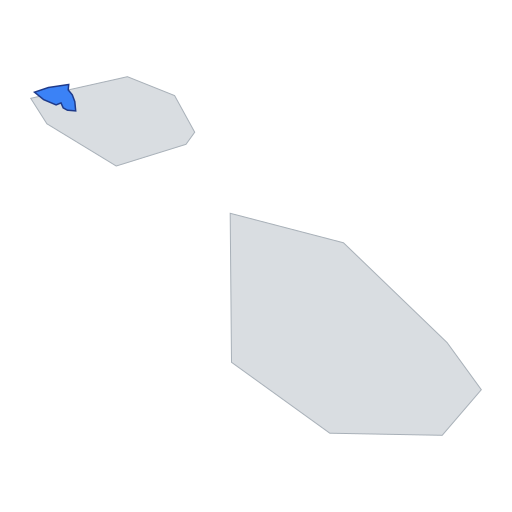 location of Għarb within Malta
{"feature_id": "MLT-5975", "entity_name": "Għarb", "entity_type": "state/province", "adm_level": 1, "iso_a3": "MLT", "parent_name": "Malta", "parent_adm1": "", "projection": "robinson", "projection_center": [14.205, 36.061], "detail": "fine", "context": "in_parent", "style": "filled", "palette": "blue", "viewbox_px": 512, "rotation_deg": 0, "n_neighbors": 0, "source": "natural_earth", "source_scale": "10m", "svg_char_len": 518}
<svg xmlns="http://www.w3.org/2000/svg" viewBox="0 0 512 512"><path d="M481.3,389.7L442.2,435.3L329.8,433.2L231.5,362.3L230.2,213.3L343.5,242.8L447.1,342.6L481.3,389.7ZM186.0,144.3L116.2,166.0L46.9,123.8L30.7,98.3L127.4,76.7L174.6,95.6L194.7,132.2L186.0,144.3Z" fill="#d9dde1" stroke="#a8b0b8" stroke-width="1"/><path d="M34.5,92.2L48.4,87.5L68.7,84.5L68.2,89.9L72.3,94.9L74.8,101.6L75.7,110.9L67.4,110.2L63.2,107.9L61.0,102.9L56.1,104.9L43.6,99.6L34.5,92.2Z" fill="#3b82f6" stroke="#1e3a8a" stroke-width="1.5"/></svg>